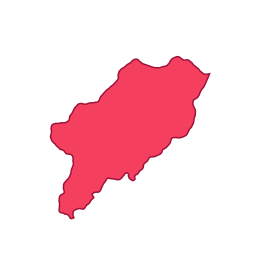 the district of Villa Altagracia, San Cristóbal, Dominican Republic, rotated 66°
{"feature_id": "3306468B65787617435828", "entity_name": "Villa Altagracia", "entity_type": "district", "adm_level": 2, "iso_a3": "DOM", "parent_name": "Dominican Republic", "parent_adm1": "San Cristóbal", "projection": "robinson", "projection_center": [-70.202, 18.655], "detail": "fine", "context": "isolated", "style": "filled", "palette": "rose", "viewbox_px": 256, "rotation_deg": 66, "n_neighbors": 0, "source": "geoboundaries", "source_scale": "gbopen_adm2", "svg_char_len": 5867}
<svg xmlns="http://www.w3.org/2000/svg" viewBox="0 0 256 256"><g transform="rotate(66 128 128)"><path d="M69.5,91.0L68.6,92.3L68.3,93.0L68.1,93.4L68.0,94.2L68.0,95.5L68.1,95.9L68.3,96.7L69.0,98.0L69.2,98.8L69.4,99.6L69.7,102.2L69.8,103.0L70.0,103.8L70.6,105.2L70.9,106.0L71.0,106.8L71.3,109.4L71.4,110.2L71.9,111.4L72.9,113.4L75.6,115.4L76.6,115.9L78.0,116.3L78.6,116.6L78.9,116.8L79.4,117.3L80.6,119.6L81.4,121.5L82.3,123.6L82.6,124.4L82.9,126.1L83.1,126.9L83.8,128.6L84.1,129.4L84.5,131.5L84.7,132.3L85.7,134.4L86.2,135.9L87.1,137.6L87.8,139.1L88.1,139.9L88.9,140.9L91.1,143.4L91.5,144.0L91.8,144.7L91.9,145.1L91.8,145.8L91.2,147.4L90.7,149.9L90.4,150.6L89.8,152.0L89.5,152.8L89.4,153.6L89.2,156.2L89.0,157.0L88.9,157.4L88.5,158.2L86.9,160.2L86.5,160.9L86.3,161.3L86.1,162.1L86.0,163.4L86.1,164.3L86.4,165.0L87.2,166.8L87.9,168.3L88.3,169.0L89.1,170.0L90.8,171.9L91.6,172.9L92.2,174.0L92.9,175.4L93.3,176.0L94.1,176.8L94.7,177.2L95.7,177.7L96.3,178.2L96.8,178.7L97.0,179.0L97.3,179.8L97.5,180.6L97.6,181.9L97.5,183.2L97.3,184.1L97.1,184.8L96.2,186.6L96.0,187.4L95.6,189.4L95.3,190.2L94.5,191.9L94.3,192.8L94.1,194.2L94.2,195.1L94.3,196.0L94.5,196.3L94.7,196.7L95.2,197.2L97.3,198.5L98.0,198.8L100.2,199.3L100.9,199.7L101.6,200.2L103.5,201.8L104.2,202.2L105.0,202.5L105.9,202.6L107.2,202.7L108.5,202.7L109.7,202.5L110.5,202.3L112.5,201.3L113.2,201.1L114.7,200.7L115.5,200.5L117.4,199.5L119.5,198.9L120.0,198.5L120.3,198.3L121.0,197.2L121.5,196.6L122.1,196.2L122.4,196.0L123.5,195.6L126.2,195.0L128.0,192.6L128.9,191.0L129.2,190.7L129.5,190.5L129.8,190.4L130.5,190.2L131.3,190.2L132.1,190.2L133.2,190.4L133.9,190.7L135.5,191.6L136.3,191.8L138.1,192.3L138.9,192.7L139.9,193.5L142.1,195.7L143.0,196.6L143.7,197.1L145.1,197.9L146.1,198.6L147.1,199.5L148.3,200.9L149.2,201.9L149.7,202.7L150.0,203.5L150.5,204.6L151.3,206.3L152.1,208.2L152.5,208.8L153.0,209.4L153.6,209.9L153.9,210.1L155.0,210.5L156.2,211.3L156.9,211.6L157.7,211.7L159.5,211.9L160.2,212.1L160.9,212.4L161.1,212.6L161.3,212.9L161.6,213.6L161.7,214.3L161.8,215.9L161.9,216.8L162.1,217.2L162.4,217.8L162.6,218.1L163.2,218.7L163.8,219.1L166.8,220.7L167.5,220.9L169.4,221.3L170.1,221.6L171.7,222.6L173.1,223.2L174.6,224.2L175.3,224.5L176.1,224.6L176.8,224.5L177.5,224.3L177.8,224.1L178.0,223.9L178.7,222.7L179.2,222.2L179.6,221.7L181.0,220.6L181.9,219.1L182.4,218.6L183.0,218.2L183.3,218.0L184.0,217.8L186.2,217.5L186.9,217.4L187.2,217.2L187.5,217.0L187.7,216.7L187.9,216.0L188.0,215.2L188.0,213.9L186.0,213.9L185.2,213.8L184.8,213.6L184.2,213.3L182.4,212.2L181.9,211.7L181.7,211.4L181.6,211.0L181.4,210.2L181.3,209.0L181.4,207.2L181.6,205.9L181.8,205.1L182.0,204.7L182.5,204.0L183.4,202.8L183.8,202.1L183.9,201.8L184.0,201.4L183.9,201.0L183.8,200.6L183.4,200.0L182.3,198.3L181.9,197.6L181.6,196.8L181.3,195.2L181.0,194.3L180.7,193.6L179.2,191.4L178.8,190.7L178.5,190.0L178.1,188.5L177.9,187.9L177.6,187.7L177.4,187.5L177.1,187.4L176.8,187.4L176.2,187.5L175.3,188.0L175.0,188.0L174.7,187.9L174.1,187.6L173.6,187.1L173.5,186.7L173.3,186.0L173.2,185.5L173.3,184.7L173.4,183.9L173.5,183.5L174.3,181.8L174.5,181.1L174.5,180.3L174.4,179.9L174.3,179.5L173.9,178.7L173.4,178.1L170.1,174.5L169.0,173.1L168.6,172.4L167.7,170.5L166.2,168.6L165.9,167.9L165.8,167.5L165.7,167.1L165.8,166.7L166.0,166.0L167.7,163.7L168.8,161.6L170.9,158.8L171.2,158.1L171.5,157.2L171.5,156.8L171.5,155.9L171.4,155.1L171.3,154.7L170.9,154.0L170.2,152.6L169.6,151.1L168.8,149.8L168.5,149.1L168.4,148.4L168.5,148.0L168.5,147.6L168.7,147.2L168.9,146.9L169.4,146.5L169.7,146.4L170.0,146.3L170.3,146.3L170.6,146.4L171.7,147.0L172.4,147.2L173.6,147.3L174.4,147.2L174.8,147.1L175.8,146.7L177.5,145.6L177.8,145.3L177.9,145.0L178.1,144.6L178.1,143.9L178.0,143.1L177.8,142.8L177.6,142.5L177.3,142.3L177.0,142.2L175.8,141.9L175.1,141.6L174.6,141.3L174.2,140.8L173.9,140.2L173.9,139.9L174.1,138.8L174.0,138.1L173.7,137.5L172.4,135.4L172.0,134.7L171.8,133.9L171.4,132.2L171.2,131.5L170.8,130.8L170.3,130.2L169.7,129.8L168.8,129.3L168.2,128.9L167.4,128.1L167.0,127.4L166.9,127.0L166.3,124.6L166.0,123.8L165.6,123.1L164.3,121.4L163.9,120.7L163.8,120.3L163.6,119.5L163.7,118.7L164.0,118.0L164.4,117.0L164.7,116.3L164.9,115.4L165.0,114.6L165.0,112.8L165.0,110.6L164.9,109.3L164.7,108.4L164.4,107.7L164.0,107.1L163.5,106.6L162.5,105.8L162.3,105.5L162.1,105.2L161.9,104.9L161.8,104.1L161.5,101.6L161.3,100.8L161.0,100.1L160.4,98.7L159.9,97.5L159.5,96.8L158.8,95.7L157.9,94.8L157.0,94.0L155.8,93.2L155.6,93.0L155.4,92.7L155.2,91.9L155.2,91.5L155.2,90.7L155.4,89.9L155.5,89.6L156.4,87.9L157.1,86.4L157.4,85.8L157.9,85.3L158.3,83.1L158.4,82.2L158.5,80.9L158.4,79.5L158.4,78.7L158.2,77.8L158.1,77.4L157.7,76.7L157.2,76.0L155.0,73.4L154.2,72.4L153.8,71.7L153.2,70.2L153.0,69.8L152.3,68.8L151.4,67.8L150.0,66.2L149.4,65.7L148.7,65.2L146.7,64.1L146.1,63.6L144.4,62.0L143.8,61.5L143.1,61.1L142.1,60.6L140.5,59.7L139.8,59.4L138.6,59.2L137.4,59.2L134.1,59.2L133.3,59.1L132.5,59.0L132.2,58.8L131.5,58.5L130.0,57.5L129.5,57.1L129.2,56.8L129.1,56.5L128.9,55.8L128.7,53.4L128.5,52.5L128.2,51.7L127.8,51.0L127.1,50.0L124.2,46.9L123.2,45.6L122.5,44.6L122.0,43.4L121.7,42.7L121.2,42.0L120.7,41.3L119.3,39.7L114.4,34.3L111.6,31.4L111.3,32.9L110.6,35.1L110.4,35.5L110.0,36.1L109.5,36.7L109.2,36.9L108.6,37.3L107.5,37.8L106.3,38.5L105.6,38.8L104.9,39.1L103.3,39.4L102.6,39.6L100.7,40.6L99.3,41.3L98.0,42.0L97.4,42.3L96.6,42.6L95.1,42.9L94.4,43.1L91.1,44.8L90.5,45.3L90.0,45.8L89.8,46.1L89.5,46.9L89.1,48.7L88.7,49.3L88.5,49.6L86.2,51.1L84.5,51.9L83.9,52.4L83.4,52.9L83.0,53.6L82.9,54.0L82.7,54.5L82.6,55.4L82.6,56.3L82.6,57.7L82.7,58.6L82.8,59.6L83.0,60.4L83.4,61.1L83.8,61.8L85.3,63.7L85.7,64.4L86.7,66.8L86.9,67.5L87.0,67.8L86.9,68.2L86.7,68.8L86.4,69.8L86.2,70.6L85.9,73.6L85.7,74.8L85.4,75.6L84.7,76.9L84.1,78.4L83.5,79.4L82.2,81.0L76.1,87.5L75.3,88.3L74.4,89.0L73.0,89.6L71.7,90.4L71.0,90.7L70.4,90.9L69.5,91.0Z" fill="#f43f5e" stroke="#9f1239" stroke-width="1.5"/></g></svg>